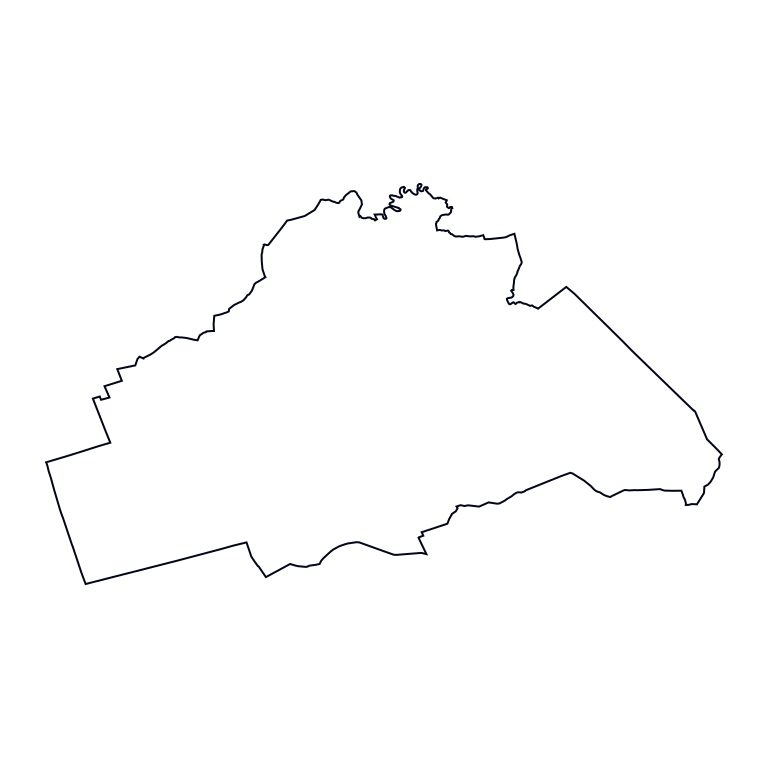 Livada, Satu Mare, Romania
{"feature_id": "2599482B37449701162045", "entity_name": "Livada", "entity_type": "district", "adm_level": 2, "iso_a3": "ROU", "parent_name": "Romania", "parent_adm1": "Satu Mare", "projection": "equal_earth", "projection_center": [23.137, 47.873], "detail": "fine", "context": "isolated", "style": "outline", "palette": "ink", "viewbox_px": 768, "rotation_deg": 0, "n_neighbors": 0, "source": "geoboundaries", "source_scale": "gbopen_adm2", "svg_char_len": 6094}
<svg xmlns="http://www.w3.org/2000/svg" viewBox="0 0 768 768"><path d="M46.1,462.3L46.7,463.7L47.4,465.8L48.6,470.9L50.8,477.7L54.3,490.4L60.2,510.3L62.2,516.1L62.7,517.1L63.8,520.4L71.8,544.3L72.3,545.7L72.5,545.9L81.5,573.0L85.6,584.0L177.5,560.6L220.9,549.1L233.0,545.7L246.5,542.4L251.3,556.5L254.3,561.1L257.9,566.1L258.6,566.4L265.9,577.1L290.1,564.0L295.5,565.6L298.2,566.2L305.7,566.9L307.2,566.7L309.7,565.6L315.3,564.9L319.6,564.0L321.1,560.9L323.4,558.2L330.6,551.6L333.3,549.5L339.4,546.2L344.0,544.6L347.6,543.5L353.6,542.6L356.5,542.2L359.3,542.4L384.6,551.5L393.7,554.7L396.0,554.9L421.3,552.9L426.4,554.1L418.6,537.9L419.3,537.6L419.2,537.2L423.3,535.7L421.7,532.2L447.4,523.7L449.2,519.0L452.1,513.8L455.8,511.3L457.6,508.2L456.5,506.5L460.5,505.2L464.6,506.0L468.1,505.3L479.1,506.6L488.6,502.4L497.1,503.7L499.3,503.5L504.7,500.7L506.8,499.1L511.7,496.2L513.5,494.6L516.3,492.8L517.5,492.4L518.7,492.3L520.0,492.3L521.0,492.6L524.6,491.4L525.8,490.3L561.1,476.1L570.3,472.8L572.6,473.5L584.2,480.7L590.9,486.1L594.6,490.0L595.6,490.7L597.4,491.6L600.2,492.5L603.5,494.7L605.1,495.5L608.1,496.5L610.3,497.0L612.2,495.9L623.6,490.4L624.9,490.0L629.6,490.4L634.6,490.1L637.2,490.2L647.9,489.9L660.1,489.1L662.6,490.1L664.7,490.6L672.5,490.8L681.4,490.7L682.9,494.9L683.7,497.5L684.8,499.4L685.2,500.7L685.6,502.1L685.9,503.7L685.8,505.0L689.3,504.8L691.1,504.1L693.7,504.1L696.8,504.4L697.2,503.9L703.8,493.4L704.0,492.6L704.4,486.6L708.0,484.6L709.7,482.8L710.8,481.5L713.2,477.4L714.1,474.7L714.8,472.2L715.6,471.0L718.8,468.0L719.1,467.2L719.5,465.3L719.6,463.2L719.4,461.5L718.8,459.4L718.9,458.7L719.5,457.5L721.5,454.7L721.9,454.4L715.0,447.2L707.1,439.4L695.1,411.5L693.9,410.4L693.7,410.6L685.5,402.7L631.9,350.7L623.0,341.6L574.8,294.1L566.3,286.9L538.0,308.7L536.9,308.0L533.8,306.7L532.1,305.4L530.2,305.9L525.8,303.9L523.2,303.5L520.5,302.1L519.5,302.3L519.3,302.0L517.0,302.7L515.6,304.0L515.2,303.8L513.9,302.5L513.2,302.3L510.4,304.2L509.6,304.2L509.2,304.0L508.2,302.5L507.5,301.0L507.0,299.7L506.9,298.8L507.9,298.1L511.3,297.6L512.6,296.8L513.4,295.7L513.5,294.8L513.0,293.4L511.2,290.7L511.6,290.1L513.5,289.9L513.4,288.4L513.4,286.6L513.9,283.1L514.1,280.2L514.8,277.5L516.4,275.0L517.3,272.7L517.5,271.5L518.2,270.1L519.9,265.9L521.1,264.2L521.7,262.6L521.7,262.0L520.4,257.7L519.5,255.5L517.7,249.3L516.7,243.4L514.4,233.8L510.0,235.2L506.1,237.1L503.6,237.6L490.4,239.0L485.8,239.2L484.6,239.1L483.3,235.2L479.1,236.3L475.6,236.8L473.5,236.2L470.1,236.4L465.8,235.9L462.9,236.8L459.0,236.3L455.5,236.5L453.9,235.7L452.0,234.2L450.7,234.0L450.1,233.0L449.0,232.3L448.7,231.2L448.3,230.8L447.4,230.6L445.4,231.1L444.3,230.5L443.3,230.4L441.9,230.5L439.7,229.9L437.1,230.4L436.0,224.7L436.0,223.7L436.4,222.8L436.6,221.8L437.4,221.5L438.4,220.5L438.7,219.2L439.6,218.3L440.1,216.9L440.3,216.4L441.7,215.3L444.3,214.7L446.0,214.5L448.1,214.7L448.7,214.5L450.7,212.5L451.0,212.0L451.2,209.4L451.3,208.9L452.3,208.1L452.0,207.7L451.8,207.7L451.9,207.0L451.6,206.9L450.2,207.0L449.2,208.0L448.8,208.1L447.1,206.9L447.0,206.4L447.2,205.0L447.1,204.3L445.7,202.5L446.8,200.3L440.0,197.6L438.7,198.4L438.1,197.7L435.5,198.5L434.3,198.4L433.4,198.2L430.0,194.2L428.7,193.4L425.9,190.2L426.1,189.4L427.6,188.6L427.8,188.3L427.7,187.6L427.5,187.4L426.9,187.2L425.0,187.2L424.5,187.5L423.7,188.7L423.5,189.7L422.9,191.0L421.2,191.3L420.5,191.0L419.4,190.1L419.1,189.4L419.5,188.9L419.6,188.3L421.1,186.5L421.4,185.5L421.4,184.5L420.6,184.0L419.2,184.0L418.1,184.9L417.8,185.4L417.7,186.7L417.9,187.6L417.7,188.5L417.3,189.1L417.3,191.6L417.7,192.8L417.5,193.7L417.2,194.2L416.1,194.7L414.5,194.4L412.1,192.7L411.8,192.2L411.0,191.5L410.4,190.2L409.6,190.0L408.3,190.2L405.9,192.5L405.1,192.8L404.6,192.6L404.3,192.4L403.8,191.3L404.0,189.7L404.9,188.2L404.9,187.7L404.0,186.9L401.5,187.5L400.4,188.6L400.1,189.2L399.8,191.0L399.9,192.4L400.3,193.7L401.9,195.7L402.2,196.4L402.0,197.0L401.9,197.1L401.6,196.7L400.9,197.3L399.7,197.6L395.2,195.9L393.6,195.8L392.0,195.3L390.7,195.3L390.2,195.6L389.9,196.0L389.9,196.7L390.4,198.0L391.3,199.0L392.7,199.6L393.7,200.4L393.6,201.2L392.9,201.9L389.8,203.2L389.5,204.3L389.7,204.7L390.6,205.5L398.5,207.9L398.5,208.1L398.9,208.2L398.9,208.4L400.5,209.3L400.5,210.2L399.8,210.9L397.7,211.2L396.2,211.0L394.3,209.9L391.1,207.5L389.9,207.0L388.7,207.1L385.0,208.6L384.4,209.4L384.1,210.7L384.1,212.4L384.6,214.3L385.5,215.6L386.3,217.5L386.4,218.3L385.9,218.8L384.4,218.7L383.6,218.2L382.4,214.7L381.9,214.4L381.0,214.3L374.7,214.6L375.3,215.7L375.6,216.8L377.0,219.3L375.0,220.4L374.2,219.3L371.5,218.7L371.0,218.0L369.9,217.5L367.7,217.5L365.7,218.2L363.4,218.2L361.6,217.7L360.4,216.1L359.5,216.8L358.6,213.9L358.3,212.5L358.5,211.2L359.9,208.7L361.9,204.5L361.4,200.4L357.2,194.4L356.6,192.9L355.6,191.9L354.6,191.2L353.5,191.1L350.6,191.4L349.2,192.6L345.8,195.2L343.9,197.6L343.6,198.8L342.9,199.7L340.3,200.9L339.9,201.4L339.4,202.5L338.9,202.9L338.3,203.1L336.2,202.7L334.6,201.9L332.6,201.5L329.7,200.1L328.4,199.7L325.8,200.2L323.7,199.9L323.4,199.7L322.8,199.5L320.7,199.9L320.3,200.8L317.8,205.1L314.6,210.0L304.7,216.0L291.4,219.7L287.1,220.6L282.6,226.7L268.4,244.8L268.0,245.0L267.1,245.1L265.9,244.9L264.4,244.4L263.8,244.7L264.0,245.0L263.9,245.4L262.5,249.3L262.2,252.4L261.6,254.7L261.8,262.0L262.5,269.3L264.8,276.3L265.4,277.2L257.9,281.8L255.8,282.9L254.7,283.9L254.3,284.6L251.9,290.7L249.2,294.4L247.4,295.2L245.9,297.5L243.6,300.2L240.9,301.9L239.4,302.4L234.1,305.0L229.1,308.9L228.8,311.4L226.9,312.3L220.5,314.5L214.3,315.8L213.6,324.5L214.0,331.0L211.9,331.0L206.6,331.4L206.1,331.6L205.9,332.2L203.3,332.8L201.7,334.1L200.0,335.1L199.3,336.3L197.6,340.3L193.3,339.6L186.7,338.0L181.5,337.4L180.4,337.5L176.3,336.9L175.1,337.1L174.4,338.0L171.3,339.7L170.4,340.4L169.1,341.0L168.6,341.0L165.7,343.4L161.4,346.0L154.1,352.2L150.5,354.5L143.7,357.9L143.5,358.5L139.5,356.7L137.4,359.2L135.3,365.4L117.3,369.1L121.8,380.8L104.5,386.2L109.5,397.5L101.1,399.8L99.7,396.5L92.9,398.6L105.4,430.6L110.3,442.7L99.0,446.0L70.0,455.2L46.5,462.2L46.1,462.3Z" fill="none" stroke="#020617" stroke-width="2"/></svg>